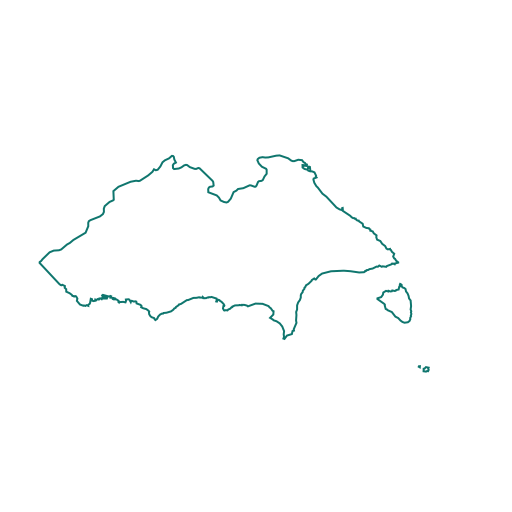 outline of Pedernales, Pedernales, Dominican Republic, rotated 290°
{"feature_id": "3306468B80072272336201", "entity_name": "Pedernales", "entity_type": "district", "adm_level": 2, "iso_a3": "DOM", "parent_name": "Dominican Republic", "parent_adm1": "Pedernales", "projection": "natural_earth1", "projection_center": [-71.521, 17.882], "detail": "fine", "context": "isolated", "style": "outline", "palette": "teal", "viewbox_px": 512, "rotation_deg": 290, "n_neighbors": 0, "source": "geoboundaries", "source_scale": "gbopen_adm2", "svg_char_len": 6134}
<svg xmlns="http://www.w3.org/2000/svg" viewBox="0 0 512 512"><g transform="rotate(290 256 256)"><path d="M316.4,148.8L318.7,146.3L321.1,144.8L321.6,143.8L321.3,142.7L318.0,140.9L314.8,137.7L312.1,136.1L307.4,135.5L303.4,134.1L302.3,132.5L302.6,130.5L299.7,129.9L294.8,127.1L287.0,121.2L286.3,120.2L285.7,117.5L282.9,112.8L274.0,103.1L268.2,99.8L260.2,103.1L259.3,102.6L256.7,99.9L251.2,96.8L248.5,96.8L245.4,98.0L243.0,97.8L239.8,95.8L233.0,88.1L231.5,87.0L229.8,87.0L226.6,88.2L219.6,87.9L208.6,78.9L204.6,76.6L202.2,74.5L195.5,70.7L194.0,68.9L191.9,64.1L188.9,60.8L180.0,56.5L177.8,55.8L176.4,54.8L175.5,55.0L162.4,80.8L161.9,82.4L161.9,83.1L162.7,83.8L162.4,86.7L160.7,87.1L159.9,89.0L157.6,89.9L157.3,93.5L156.5,96.2L155.7,97.1L156.0,98.5L155.7,99.0L156.5,99.8L156.5,100.8L154.9,102.7L152.6,103.0L150.2,107.2L150.2,110.8L150.7,111.2L150.7,112.7L151.8,113.5L151.8,115.4L152.6,115.0L154.3,116.1L155.3,116.1L159.3,115.4L159.3,116.7L158.0,117.3L158.0,118.6L158.8,120.0L160.0,119.9L159.6,120.9L161.3,121.8L161.3,123.2L161.6,123.5L162.4,123.2L162.7,123.6L163.2,124.9L162.7,125.5L162.4,126.8L162.7,125.8L163.9,125.8L164.4,126.8L163.9,127.3L164.4,128.7L165.8,126.4L165.8,125.4L166.3,124.9L167.1,125.4L167.4,129.1L166.3,128.7L166.3,129.4L165.8,129.4L165.5,130.4L167.5,130.4L167.8,132.3L168.6,132.7L168.6,133.6L167.1,133.6L167.8,136.3L166.6,136.3L166.6,136.9L167.1,136.9L167.8,138.2L167.1,138.6L167.5,139.5L167.1,141.4L166.7,142.4L165.8,142.4L165.5,143.1L165.8,143.1L167.5,146.9L167.8,149.2L169.4,149.2L170.6,148.6L171.7,150.9L171.7,151.9L169.8,154.1L171.1,154.1L171.4,154.5L171.4,156.8L172.2,158.3L172.2,159.1L170.6,160.0L170.6,164.2L169.8,165.6L168.6,165.6L168.3,167.8L168.6,171.1L167.8,173.7L167.2,174.7L166.4,174.7L164.7,175.6L163.3,177.4L162.8,178.9L162.8,181.5L161.8,182.5L161.4,183.4L163.2,184.6L165.7,184.8L168.2,185.9L169.7,187.3L170.0,188.3L170.8,188.6L172.1,191.3L174.9,195.1L177.3,196.7L178.7,197.1L179.8,198.2L180.6,198.2L183.3,200.1L184.0,200.1L185.3,201.9L190.9,206.1L191.4,207.3L195.2,211.5L196.4,214.5L197.8,216.7L197.7,217.6L198.1,218.2L198.5,220.2L199.2,220.1L198.9,220.8L198.4,221.0L198.6,221.8L199.4,223.6L200.5,224.7L200.7,225.5L201.3,225.9L201.5,227.0L202.3,228.2L202.5,233.3L202.2,233.4L201.9,234.5L202.0,236.8L201.5,237.5L201.2,239.2L199.8,242.0L198.7,243.2L198.2,243.2L197.9,242.5L195.4,242.9L194.0,244.5L194.0,245.1L194.8,246.2L195.1,247.8L196.2,248.2L197.7,249.8L199.4,250.5L199.8,251.2L200.4,251.1L202.4,253.2L203.9,256.9L204.3,257.2L204.8,259.5L205.3,259.5L206.1,261.9L206.3,264.5L205.9,265.6L211.1,271.8L213.3,278.5L213.2,284.9L212.3,286.4L212.0,287.7L210.2,290.3L210.1,291.4L206.9,292.3L202.7,290.4L202.0,293.8L201.6,294.5L201.7,297.6L200.8,301.4L198.7,304.8L195.0,308.1L191.9,308.8L189.6,310.0L187.8,310.0L187.8,311.1L191.8,312.3L194.9,316.4L198.0,316.0L198.9,317.2L200.1,316.5L207.0,316.9L209.1,315.7L214.3,314.2L217.1,312.9L219.8,312.9L223.7,311.5L226.8,311.5L229.6,312.3L232.2,312.3L234.5,311.5L236.0,311.5L237.9,312.2L239.4,311.9L241.8,312.7L242.8,312.4L244.0,313.0L245.5,313.0L247.8,314.8L251.7,316.7L252.5,316.7L254.8,318.4L254.2,319.8L254.4,320.3L258.6,321.7L262.1,324.1L267.3,331.7L272.2,343.5L274.0,349.9L275.8,358.6L277.7,363.0L278.8,363.8L279.2,363.7L279.8,364.7L280.5,364.7L281.4,366.4L282.4,367.0L284.1,369.9L287.3,372.9L287.6,374.2L289.2,375.1L288.9,377.9L289.6,378.5L290.4,382.1L291.3,382.4L294.3,385.9L295.5,386.5L295.4,387.4L296.0,388.1L295.7,389.2L296.6,389.3L298.4,391.9L298.7,391.8L299.5,389.3L300.9,387.6L301.0,386.7L302.4,385.1L305.4,385.1L306.5,382.1L307.7,380.9L308.0,379.5L308.4,379.4L307.3,377.6L307.6,376.0L309.5,374.0L310.6,370.4L312.6,367.7L312.8,364.2L314.8,362.6L316.6,362.2L317.6,358.9L319.0,357.3L318.9,354.7L320.0,354.4L320.2,353.1L320.7,352.6L320.1,350.1L320.4,346.7L322.8,345.2L323.8,341.0L324.4,340.4L324.0,339.2L324.4,337.8L325.2,336.9L324.8,336.2L325.2,335.4L324.8,334.4L325.1,332.7L326.0,330.8L328.1,322.2L328.4,321.5L329.3,321.7L330.8,321.0L330.5,320.6L328.9,321.1L328.5,320.6L328.4,318.6L329.1,315.0L335.8,301.9L337.3,297.1L341.5,290.6L342.2,288.9L344.8,285.7L347.5,283.8L348.5,283.7L350.5,286.0L351.2,285.0L352.0,285.0L354.6,282.3L354.7,279.8L354.1,277.9L354.1,275.9L354.7,275.0L354.4,271.8L355.1,269.5L357.4,268.6L357.7,269.7L357.1,270.3L357.9,271.3L357.7,272.2L358.0,272.9L359.0,272.8L359.4,272.5L359.3,271.2L360.2,270.2L360.4,268.6L361.8,266.5L360.9,262.8L358.3,259.6L357.7,258.1L357.7,256.5L358.8,252.8L358.6,243.8L357.2,240.7L352.9,233.9L351.7,231.1L351.1,228.3L349.5,225.6L347.7,224.5L346.5,224.5L343.9,227.0L341.9,231.0L341.4,235.7L340.7,236.5L336.9,237.9L333.7,236.8L329.7,236.4L328.5,235.5L327.3,233.2L326.3,232.6L322.3,232.4L321.0,231.9L320.6,231.1L320.6,227.0L320.2,225.8L315.4,220.9L312.8,216.2L310.7,215.2L308.4,213.1L301.3,212.7L297.3,211.2L296.2,210.0L295.8,207.4L296.1,203.7L298.2,201.2L299.5,198.4L299.6,189.4L302.5,188.2L304.2,188.3L305.3,189.1L306.5,191.4L307.7,192.1L310.9,190.5L311.8,189.4L319.1,173.0L319.0,171.7L317.3,169.9L316.9,168.4L316.9,163.4L317.9,160.2L317.7,159.0L316.6,157.5L313.8,155.6L311.8,153.5L309.7,149.3L310.2,148.0L312.9,146.8L314.6,147.2L316.4,148.8ZM257.8,384.6L257.1,384.8L254.8,393.1L254.1,393.9L253.5,393.9L250.6,396.0L250.5,397.6L250.1,398.1L249.8,402.8L246.7,407.7L246.3,410.9L244.8,413.8L244.1,416.2L244.1,418.4L245.7,421.4L247.5,422.5L249.4,422.6L250.4,422.1L252.5,422.3L252.9,421.9L254.7,421.8L256.1,420.8L257.2,420.8L258.6,419.6L261.9,418.9L267.1,416.5L268.4,414.4L270.7,413.0L272.7,411.2L274.0,409.1L276.1,407.8L276.6,406.4L276.6,404.4L277.6,402.9L278.5,402.9L279.1,401.5L279.1,401.0L278.0,401.0L277.1,401.7L276.6,401.7L276.2,401.1L273.3,401.5L272.0,399.4L271.2,399.2L270.6,398.4L270.2,395.8L269.3,395.7L268.6,394.3L268.6,392.4L267.9,392.4L267.7,390.1L265.2,388.1L263.1,388.5L260.2,387.7L257.8,384.6ZM207.4,452.1L205.0,452.9L205.5,455.3L206.4,456.1L206.6,457.1L208.1,457.2L208.9,456.4L210.1,456.4L209.7,453.7L207.9,452.9L207.4,452.1ZM357.2,274.6L356.3,274.8L356.9,276.0L356.3,277.1L358.1,276.2L358.1,275.1L357.2,274.6ZM201.5,234.2L199.7,234.2L199.8,234.9L201.1,235.0L201.6,234.6L201.5,234.2ZM208.1,446.8L207.6,446.8L207.4,448.0L208.5,447.7L208.1,446.8Z" fill="none" stroke="#0f766e" stroke-width="2"/></g></svg>